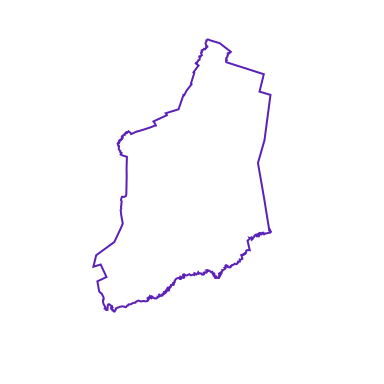 the district of Tormac, Timis, Romania, rotated 118°
{"feature_id": "2599482B36761723771512", "entity_name": "Tormac", "entity_type": "district", "adm_level": 2, "iso_a3": "ROU", "parent_name": "Romania", "parent_adm1": "Timis", "projection": "mercator", "projection_center": [21.482, 45.522], "detail": "fine", "context": "isolated", "style": "outline", "palette": "violet", "viewbox_px": 384, "rotation_deg": 118, "n_neighbors": 0, "source": "geoboundaries", "source_scale": "gbopen_adm2", "svg_char_len": 6093}
<svg xmlns="http://www.w3.org/2000/svg" viewBox="0 0 384 384"><g transform="rotate(118 192 192)"><path d="M304.3,244.0L298.9,238.6L307.2,227.6L315.3,233.6L322.8,227.7L323.6,226.8L323.9,226.1L323.8,225.5L324.2,224.7L324.1,224.1L326.3,220.9L327.6,219.9L328.6,220.0L328.8,219.5L329.4,219.7L330.2,219.4L331.3,218.6L332.6,217.3L334.1,214.8L334.8,214.2L335.7,214.4L335.7,214.0L336.4,213.1L336.3,212.0L335.7,211.3L334.5,211.8L334.3,212.3L333.6,212.2L331.6,213.2L330.5,213.1L330.1,212.7L330.2,212.3L330.0,211.6L330.4,211.1L330.3,210.0L330.4,209.7L330.2,209.3L330.4,209.0L331.4,209.1L331.2,208.4L331.3,208.1L332.6,208.8L333.0,208.7L333.1,208.4L332.9,207.6L333.0,207.2L333.3,207.1L333.2,206.7L333.9,206.4L333.5,205.5L334.2,204.8L334.0,204.4L333.8,204.2L333.0,204.3L331.6,204.1L330.6,204.6L330.1,203.9L329.0,203.5L328.6,202.8L327.4,202.1L326.2,200.4L325.7,200.0L325.0,197.8L325.0,196.8L324.3,196.1L323.0,196.0L322.2,195.2L321.3,195.4L320.9,195.1L320.6,194.4L319.5,193.0L318.7,192.7L317.2,191.5L316.5,190.2L316.0,189.9L315.3,190.0L313.3,188.6L312.9,187.9L312.7,185.8L311.0,183.7L310.4,181.8L309.2,180.1L307.3,179.8L307.2,180.1L307.2,181.0L306.6,181.4L306.3,181.1L306.0,180.0L305.8,179.8L305.3,179.8L305.0,180.4L304.4,179.7L303.6,180.1L303.7,179.3L304.6,179.0L305.0,178.4L304.9,177.8L304.3,177.6L303.7,177.7L303.4,178.5L303.0,178.5L303.0,177.9L303.5,176.6L303.5,174.8L302.8,174.2L302.6,173.4L301.5,172.9L300.6,173.3L300.2,172.2L299.7,171.9L299.0,172.0L298.2,172.9L297.9,172.7L297.8,172.4L298.1,172.1L298.5,170.9L297.7,169.9L296.5,170.3L296.3,170.1L296.4,169.5L295.2,169.7L295.2,168.9L294.5,168.5L293.5,169.5L293.3,168.9L293.4,168.1L292.9,167.8L291.9,168.9L291.4,168.9L291.5,167.9L291.1,167.6L290.2,167.7L289.4,168.3L289.3,167.7L290.0,166.5L289.9,166.2L289.5,166.1L288.4,166.7L288.1,168.4L287.9,168.5L287.6,168.3L287.7,167.2L287.4,166.6L286.2,167.0L285.7,166.2L285.4,166.1L284.1,167.0L283.3,166.3L283.0,165.0L282.5,164.6L281.6,164.9L281.3,165.9L281.1,166.0L279.8,164.9L279.3,165.1L278.9,165.6L276.2,165.3L274.3,163.8L274.0,163.1L274.5,161.9L274.1,161.0L273.6,161.0L273.1,161.3L273.0,162.6L272.2,162.6L272.1,162.2L272.3,160.8L271.8,159.1L271.3,158.7L270.8,158.8L270.3,159.7L270.2,160.4L270.0,160.8L269.1,161.0L268.5,160.6L268.3,160.0L268.6,158.9L268.4,157.8L267.8,157.1L265.9,155.9L266.1,153.9L264.4,152.2L264.3,151.1L263.5,151.1L262.5,151.7L262.4,151.2L263.0,149.8L262.9,149.4L261.6,149.0L261.3,148.1L260.9,148.2L260.3,148.8L259.9,148.8L260.5,147.8L260.5,147.2L260.0,146.9L259.8,145.9L259.4,145.1L260.1,144.7L260.2,144.1L259.3,142.8L258.6,142.7L257.5,143.6L256.6,142.8L256.0,143.0L256.7,142.3L256.5,141.4L254.8,141.1L254.5,141.4L254.3,142.4L253.7,141.7L254.2,141.0L254.0,140.5L253.4,140.2L253.5,138.6L253.9,137.4L253.0,136.6L253.8,136.0L253.7,135.2L254.3,135.4L255.0,134.5L253.8,133.8L254.1,133.5L255.2,133.7L255.8,133.5L255.9,132.9L255.4,132.3L255.3,131.6L256.4,132.0L257.0,131.2L256.9,130.6L256.3,129.8L255.6,129.5L254.8,129.8L255.6,128.9L255.6,128.4L255.1,127.7L254.4,127.8L253.6,128.5L253.2,127.9L252.8,127.9L252.2,129.1L251.7,129.6L251.6,129.3L251.8,127.9L251.3,127.7L250.2,129.3L249.5,128.9L249.2,127.9L248.3,128.4L247.3,128.1L246.7,128.6L246.1,127.8L245.1,127.1L243.7,126.5L243.4,126.7L243.3,127.6L242.2,126.8L241.4,127.9L240.7,127.7L240.5,127.3L240.8,126.4L240.5,125.9L241.4,124.9L241.2,123.9L240.4,123.3L240.4,122.7L240.0,122.6L239.1,123.0L238.7,122.4L237.7,122.4L236.8,121.2L235.2,120.6L235.0,119.2L234.7,118.7L232.3,118.1L232.1,118.2L232.1,118.7L231.8,118.7L230.9,117.1L229.3,118.0L229.3,117.5L227.2,116.2L225.6,117.8L224.9,118.2L224.6,118.9L224.1,118.5L223.4,116.9L222.8,116.7L222.3,117.2L221.7,116.0L220.9,116.4L220.2,115.7L218.7,116.5L218.1,116.5L217.1,115.5L216.3,113.7L208.9,120.1L206.1,119.0L205.6,119.7L205.3,117.8L205.0,117.7L204.3,118.3L204.1,118.3L204.0,118.0L204.3,117.6L205.9,116.8L205.1,116.4L204.1,116.8L202.9,116.1L201.3,116.3L199.9,115.8L199.9,115.3L200.6,114.5L200.7,114.1L200.2,113.9L198.9,114.7L198.5,114.3L199.9,113.2L200.1,112.7L199.7,112.1L198.1,112.4L197.0,113.4L196.4,113.2L196.2,112.5L197.0,111.4L197.0,110.9L196.2,110.6L195.1,110.9L194.4,109.8L194.7,109.2L195.4,109.1L195.6,108.5L194.0,107.6L193.3,106.4L192.1,105.4L191.2,103.9L190.3,103.6L189.8,103.8L189.6,105.8L188.5,105.7L188.1,106.8L187.2,107.5L187.3,107.5L163.8,125.3L135.4,147.4L112.3,152.3L69.4,168.3L71.7,179.5L54.3,183.9L61.3,222.7L59.8,223.8L59.1,223.2L58.1,224.6L55.9,224.2L55.2,224.7L54.5,224.5L52.8,225.6L52.4,225.3L52.4,224.7L51.5,224.3L51.6,224.0L51.0,224.0L50.3,223.5L50.0,223.5L47.6,237.5L49.5,246.9L49.8,249.6L51.4,250.5L52.0,249.9L53.6,250.1L54.7,249.6L56.3,247.7L56.2,246.8L56.5,246.6L57.0,246.8L57.3,247.6L58.4,247.0L59.1,247.5L59.9,247.5L60.0,248.6L60.7,248.6L62.5,250.0L62.9,249.8L63.5,248.9L63.9,248.9L64.6,249.4L65.0,249.3L66.7,247.5L67.4,247.9L68.2,248.0L68.3,248.8L68.8,249.2L69.3,249.0L69.9,248.1L71.8,247.4L72.7,248.3L73.6,248.1L74.5,248.5L75.4,248.1L76.0,248.5L76.2,249.1L76.7,249.1L77.2,245.6L85.6,246.9L85.7,245.9L96.9,243.8L97.1,243.0L105.2,244.4L110.2,244.3L110.3,245.1L125.3,242.7L134.8,252.2L135.9,250.2L147.8,259.2L148.9,256.9L150.3,255.1L151.5,256.7L152.9,257.6L158.6,263.0L164.4,268.8L164.3,269.0L169.4,272.9L168.7,274.0L168.2,276.5L168.8,276.5L169.6,277.6L170.2,277.2L170.5,277.7L171.2,277.7L171.6,278.0L171.3,278.4L172.2,278.5L172.6,278.8L173.2,278.3L173.6,278.9L174.3,279.4L174.9,279.3L175.2,279.8L175.5,279.7L175.3,279.4L175.6,279.2L176.2,279.7L176.7,278.9L177.6,279.4L177.8,279.0L177.6,278.6L177.9,278.6L178.9,279.1L179.2,279.0L179.5,279.5L180.2,279.4L180.9,279.7L180.6,280.3L181.4,280.4L182.2,280.2L182.4,279.7L182.9,280.0L183.3,279.5L183.6,279.7L183.8,280.3L184.2,280.4L185.6,278.9L185.5,278.5L186.0,278.4L186.0,277.8L188.4,276.9L189.4,275.3L189.4,274.6L189.9,274.2L190.3,274.2L190.3,273.9L190.7,273.4L190.7,272.5L192.4,272.6L192.5,271.6L191.5,266.0L202.2,260.7L208.5,257.2L225.1,248.8L226.7,248.5L228.2,249.6L228.9,251.4L229.2,251.6L232.0,251.1L232.6,250.9L233.0,250.0L233.7,249.4L235.1,249.1L236.4,248.3L238.5,247.8L240.0,246.6L241.3,246.6L245.8,243.5L252.4,238.3L256.5,237.9L272.6,237.1L292.8,246.9L304.3,244.0Z" fill="none" stroke="#5b21b6" stroke-width="2"/></g></svg>